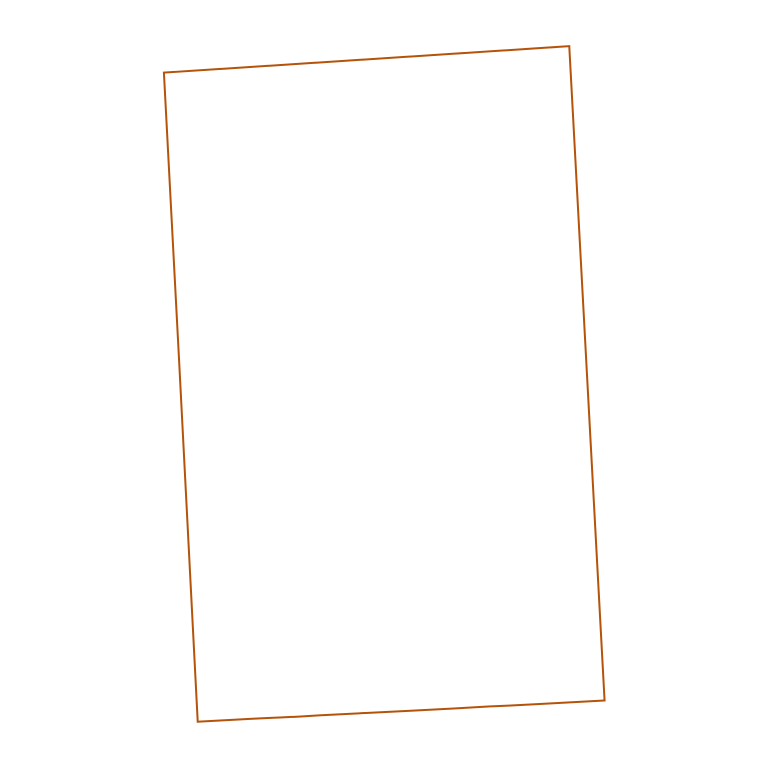 Gaines, Texas, United States of America (Natural Earth projection), rotated 267°
{"feature_id": "52423323B42726904643682", "entity_name": "Gaines", "entity_type": "district", "adm_level": 2, "iso_a3": "USA", "parent_name": "United States of America", "parent_adm1": "Texas", "projection": "natural_earth1", "projection_center": [-102.926, 32.741], "detail": "fine", "context": "isolated", "style": "outline", "palette": "amber", "viewbox_px": 768, "rotation_deg": 267, "n_neighbors": 0, "source": "geoboundaries", "source_scale": "gbopen_adm2", "svg_char_len": 468}
<svg xmlns="http://www.w3.org/2000/svg" viewBox="0 0 768 768"><g transform="rotate(267 384 384)"><path d="M705.4,586.7L711.7,586.7L706.5,180.5L413.1,180.6L56.5,180.3L56.6,235.4L56.5,254.7L56.4,264.9L56.4,274.9L56.3,275.3L56.3,282.6L56.5,302.1L56.5,303.0L56.4,343.0L56.5,343.9L56.4,349.8L56.3,397.1L56.3,413.8L56.3,430.5L56.3,438.1L56.5,471.8L56.3,492.2L56.3,513.4L56.3,514.8L56.3,526.3L56.4,587.7L705.4,586.7Z" fill="none" stroke="#b45309" stroke-width="2"/></g></svg>